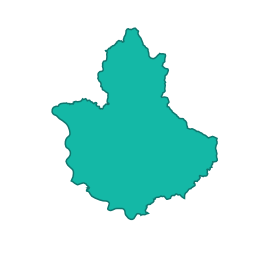 the district of Son Duong, Tuyên Quang, Vietnam, rotated 333°
{"feature_id": "81297802B77321226192187", "entity_name": "Son Duong", "entity_type": "district", "adm_level": 2, "iso_a3": "VNM", "parent_name": "Vietnam", "parent_adm1": "Tuyên Quang", "projection": "albers", "projection_center": [105.397, 21.672], "detail": "fine", "context": "isolated", "style": "filled", "palette": "teal", "viewbox_px": 256, "rotation_deg": 333, "n_neighbors": 0, "source": "geoboundaries", "source_scale": "gbopen_adm2", "svg_char_len": 5796}
<svg xmlns="http://www.w3.org/2000/svg" viewBox="0 0 256 256"><g transform="rotate(333 128 128)"><path d="M194.2,80.8L194.6,79.3L192.9,77.8L191.3,77.1L190.0,76.0L189.6,76.3L187.7,76.7L185.4,77.6L184.2,77.8L182.6,77.9L181.4,77.3L179.9,75.8L179.6,74.8L179.4,73.3L180.5,70.5L180.9,68.3L181.5,67.0L181.5,66.5L181.0,65.2L180.3,64.4L180.2,62.7L179.2,60.7L179.7,59.5L180.2,54.1L180.1,53.0L179.7,51.4L179.6,48.9L180.1,47.7L181.2,46.6L181.2,46.2L180.1,44.0L180.1,43.0L179.7,42.3L178.5,41.9L175.4,41.8L174.8,41.1L173.8,40.7L173.4,39.8L172.8,39.6L171.9,39.6L170.4,40.5L169.8,41.7L168.6,43.2L167.8,44.0L165.7,45.3L165.2,46.1L164.2,46.9L164.0,48.0L163.5,49.1L162.1,49.0L161.9,48.8L162.0,47.8L161.8,47.5L160.5,47.0L159.7,46.0L159.4,45.9L158.9,45.9L157.8,46.3L156.7,46.4L156.4,47.2L155.4,47.2L154.1,47.9L152.9,48.1L151.4,47.8L150.1,48.2L149.1,48.1L148.6,48.7L148.1,48.9L147.5,48.4L147.0,48.4L145.5,49.2L144.6,49.4L143.2,48.9L143.2,49.8L143.9,50.6L144.0,51.1L142.6,52.5L141.6,55.0L139.9,57.5L139.5,57.8L138.6,58.1L137.2,57.6L136.5,57.5L135.2,58.5L134.4,59.3L134.1,60.5L133.3,61.3L132.8,64.0L132.5,64.6L131.9,65.4L131.0,65.7L130.4,65.6L128.6,65.0L126.8,65.5L125.9,66.2L125.3,67.3L124.7,69.2L123.7,70.0L123.6,73.1L124.2,74.4L124.2,75.6L124.0,76.7L122.7,78.5L122.7,78.9L123.2,79.3L123.3,79.7L123.3,80.5L122.7,82.1L122.8,82.5L123.8,83.7L124.9,86.3L125.7,87.3L125.9,88.1L125.3,89.4L124.7,90.1L124.4,91.1L123.8,92.1L122.9,92.9L121.6,94.6L121.1,96.2L121.9,97.0L122.0,97.7L121.6,98.1L120.7,97.9L120.1,97.2L118.8,96.7L117.1,97.6L116.1,97.5L115.1,98.8L114.0,99.4L113.7,99.3L112.8,98.3L112.0,98.4L111.5,97.3L112.1,96.4L112.2,95.7L110.8,95.0L110.3,94.2L110.1,93.6L110.2,92.8L111.3,92.0L111.3,91.2L110.8,90.7L110.4,90.7L110.1,90.5L108.8,90.8L108.5,90.7L107.6,88.3L106.8,87.7L106.4,85.9L105.6,85.5L104.1,85.3L104.0,85.1L104.0,84.0L103.6,82.7L101.4,82.5L100.8,81.4L99.0,82.5L97.5,82.6L94.8,81.7L93.7,80.7L92.3,80.3L92.1,80.5L91.4,80.3L91.4,80.7L90.3,81.6L90.0,81.0L89.3,81.3L88.9,80.9L87.7,80.6L87.1,80.6L87.3,79.9L85.1,78.7L84.6,77.8L83.6,77.6L81.9,76.7L79.2,75.8L77.2,75.9L76.1,76.7L75.6,76.9L74.9,76.7L73.8,76.0L71.2,75.8L69.8,76.4L68.9,77.2L67.8,79.0L67.6,79.7L67.7,81.3L68.3,82.7L69.6,84.1L70.1,85.1L71.1,88.5L73.0,91.7L74.8,95.7L75.2,97.3L75.4,99.6L74.9,103.4L74.3,105.4L73.6,107.0L73.1,107.6L72.0,108.3L69.3,109.0L67.6,110.0L66.1,111.6L64.8,113.9L64.2,116.5L64.4,117.6L65.3,119.1L65.7,120.2L65.9,122.6L65.6,123.5L65.1,124.6L64.2,125.9L62.5,127.0L59.1,128.3L57.7,129.6L57.4,131.7L57.6,134.0L59.7,139.7L59.8,140.8L59.6,141.9L58.8,143.7L56.9,146.5L53.4,149.4L54.5,150.9L55.3,152.8L56.7,155.0L57.2,155.6L57.9,155.8L60.0,156.0L63.2,156.6L63.9,157.1L65.2,158.8L65.3,160.1L66.2,162.2L66.3,163.1L66.1,163.5L66.0,163.2L65.8,163.4L65.7,163.1L65.8,162.9L65.4,162.6L65.0,162.9L65.2,163.1L64.7,163.0L65.0,163.4L64.3,163.8L64.6,164.3L64.3,164.5L64.1,164.2L63.8,164.3L63.6,164.1L62.9,164.5L63.0,164.8L62.6,165.4L63.7,166.4L64.3,167.6L64.4,170.0L64.8,172.3L66.9,175.5L70.3,179.4L72.8,181.6L75.5,183.2L76.6,184.3L77.1,185.3L77.2,186.5L76.8,187.2L73.5,190.5L73.2,191.0L73.3,191.8L74.1,192.9L75.2,193.7L77.3,194.0L80.0,194.1L81.5,194.6L86.1,197.0L86.9,197.7L87.4,198.6L87.6,199.9L87.4,201.0L86.6,203.3L86.5,204.4L87.3,208.1L87.7,209.0L88.8,210.5L90.2,211.3L91.0,211.4L92.2,211.3L95.5,209.3L97.1,208.6L97.7,208.7L98.3,209.0L99.5,210.0L99.9,210.7L99.9,211.6L100.4,211.5L102.0,211.9L103.7,212.9L105.7,212.9L107.3,213.3L106.8,212.1L105.8,211.5L105.6,210.8L105.9,210.3L106.1,209.1L107.6,208.2L109.0,207.1L108.6,206.7L109.0,205.8L109.7,205.8L110.2,205.4L111.0,205.3L113.2,206.1L113.8,206.0L114.3,205.6L115.5,205.7L116.3,205.6L117.6,205.1L118.4,203.7L118.9,203.5L118.8,203.2L119.2,203.3L119.5,203.7L120.1,203.5L120.1,203.3L120.4,202.8L120.7,202.9L121.2,202.7L121.8,202.7L124.0,203.6L124.9,203.7L126.5,203.6L127.3,204.6L129.1,205.2L129.5,206.1L129.8,207.7L130.2,209.1L130.9,209.4L133.9,209.9L135.0,208.8L136.3,208.2L137.6,208.5L138.4,209.2L139.6,209.0L140.5,208.6L141.1,208.7L141.5,209.1L141.8,209.8L142.3,210.4L144.0,211.0L144.6,213.4L145.8,215.7L146.4,216.4L147.8,213.8L148.7,212.8L149.7,212.1L151.5,211.7L154.4,210.2L155.6,210.2L156.4,210.6L157.4,210.1L161.5,209.7L161.8,209.3L162.2,208.2L161.9,207.4L161.7,207.2L163.0,205.8L164.5,206.3L165.5,207.0L166.4,206.4L167.8,206.2L169.6,205.1L169.8,204.7L169.6,204.0L170.0,203.1L170.3,203.0L171.0,203.4L171.3,203.9L172.5,204.8L172.9,205.4L173.7,205.3L174.7,205.6L175.5,206.1L176.5,206.2L177.6,205.6L178.3,204.8L178.1,203.9L178.9,202.9L179.5,201.5L179.6,200.8L180.0,200.8L180.9,201.5L181.2,202.4L181.9,202.3L182.6,201.9L183.1,200.8L183.6,200.7L184.9,201.0L184.9,200.2L185.5,199.2L186.6,198.8L187.1,198.4L187.1,197.9L188.0,197.3L188.2,196.7L189.6,197.3L191.5,197.8L192.8,197.3L193.4,196.1L193.6,194.4L194.4,192.5L195.4,191.5L195.7,190.8L195.9,189.5L196.4,188.3L196.5,186.8L196.9,185.6L198.8,183.3L200.3,182.2L201.1,180.6L201.2,179.2L202.6,177.7L200.3,174.7L199.5,173.9L195.1,173.3L193.7,169.8L192.2,168.1L191.3,166.0L190.0,164.5L189.4,163.4L188.9,162.8L187.4,162.1L187.3,161.1L185.2,158.2L184.6,157.7L182.7,157.2L180.9,155.1L181.5,153.7L181.6,152.2L182.6,149.9L182.5,148.2L182.1,147.1L181.7,146.6L181.5,145.0L180.9,144.4L179.3,143.6L178.3,142.8L177.9,142.3L177.7,140.8L177.1,140.0L177.2,138.8L177.0,138.3L175.8,136.0L175.4,134.9L174.8,134.1L174.9,132.3L174.2,130.7L174.0,128.0L173.9,127.7L172.7,126.8L173.9,124.5L175.7,123.9L176.3,123.5L176.8,120.2L176.8,119.0L176.3,118.4L174.7,117.0L172.1,116.0L171.9,115.2L172.2,114.8L173.7,113.9L175.1,112.5L176.8,112.4L177.7,112.0L177.9,111.8L178.5,109.8L180.7,106.7L180.8,105.1L182.1,104.5L182.1,101.9L183.5,100.6L184.5,98.6L185.3,98.1L186.6,98.0L188.1,96.9L190.0,95.1L190.3,93.9L190.2,93.4L188.3,91.9L187.8,91.2L186.7,88.2L187.5,87.6L188.2,86.6L189.0,86.0L190.9,85.6L191.4,84.4L192.7,82.4L194.2,80.8Z" fill="#14b8a6" stroke="#0f766e" stroke-width="1.5"/></g></svg>